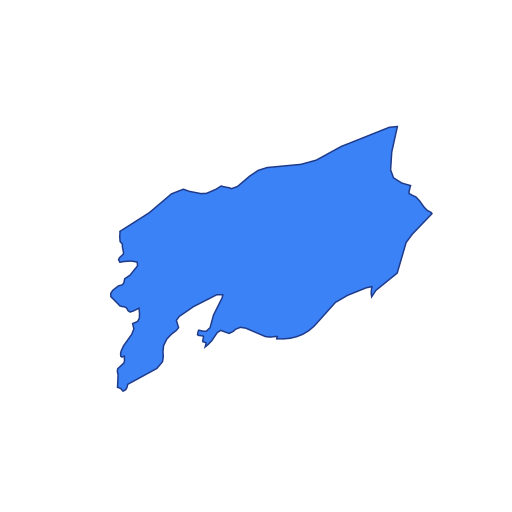 the border of Central Ostrobothnia, rotated 304°
{"feature_id": "FIN-3181", "entity_name": "Central Ostrobothnia", "entity_type": "Province", "adm_level": 1, "iso_a3": "FIN", "parent_name": "Finland", "parent_adm1": "", "projection": "robinson", "projection_center": [23.72, 63.644], "detail": "fine", "context": "isolated", "style": "filled", "palette": "blue", "viewbox_px": 512, "rotation_deg": 304, "n_neighbors": 0, "source": "natural_earth", "source_scale": "10m", "svg_char_len": 2191}
<svg xmlns="http://www.w3.org/2000/svg" viewBox="0 0 512 512"><g transform="rotate(304 256 256)"><path d="M69.6,221.3L70.4,218.1L70.3,216.8L69.7,214.6L80.1,208.3L82.9,205.5L85.1,204.4L93.5,206.3L95.6,205.6L97.4,204.2L99.4,202.9L99.0,202.6L97.3,201.5L97.3,199.9L99.7,198.1L102.0,197.3L107.5,196.4L121.6,196.8L127.3,195.5L131.0,191.5L135.4,194.4L139.4,194.0L143.3,191.5L147.3,188.2L141.6,184.9L139.1,182.9L139.1,180.6L140.6,177.5L140.2,175.1L139.1,173.0L138.5,170.7L139.0,169.2L141.1,158.4L143.8,156.5L147.3,156.4L153.6,158.4L154.8,159.0L156.8,160.9L158.5,161.5L160.4,161.3L162.1,160.5L163.9,159.9L169.7,162.3L181.7,163.3L184.5,160.8L182.0,155.3L177.6,149.6L174.7,146.7L176.1,144.1L178.3,143.8L183.5,145.0L184.9,144.1L189.0,140.0L191.1,138.6L191.9,135.4L195.4,132.5L199.9,129.8L200.3,129.4L232.2,143.3L260.3,151.2L270.8,158.5L272.2,164.3L276.9,175.4L280.2,179.9L289.1,185.6L294.6,188.0L295.1,189.9L297.7,195.9L298.1,198.0L303.3,201.8L318.8,206.1L328.3,210.0L335.6,215.8L357.0,241.9L369.1,252.3L394.5,265.4L437.2,294.5L442.4,300.8L418.1,310.4L402.7,319.4L397.7,326.3L398.0,336.1L400.8,344.8L399.6,345.1L395.0,346.9L393.4,347.9L393.8,352.3L394.4,355.4L393.1,361.0L390.6,367.7L389.6,372.1L390.0,376.9L389.5,378.2L361.7,373.4L351.2,372.9L320.8,382.6L294.5,374.6L286.9,374.7L289.0,372.7L291.5,371.1L295.4,369.2L291.2,365.1L274.6,353.9L262.0,347.8L230.3,343.4L223.6,341.5L217.3,338.6L211.8,334.8L206.9,330.3L202.7,325.2L198.9,319.5L199.7,319.1L200.4,319.2L200.9,318.9L201.0,318.2L196.7,313.1L194.5,309.0L190.4,287.7L188.1,282.9L184.0,280.1L180.6,279.2L176.8,277.0L175.0,270.1L174.7,268.4L170.7,266.7L161.0,266.7L155.5,265.7L152.2,264.7L155.4,263.6L156.1,263.0L155.9,262.3L155.7,261.3L155.5,260.5L155.2,260.0L155.7,259.3L156.5,259.0L159.0,257.9L159.8,257.6L160.1,256.8L159.7,256.1L158.3,253.2L157.9,252.5L158.1,251.5L159.5,250.8L161.7,250.1L162.5,250.0L163.9,253.7L165.7,256.8L170.9,258.0L183.2,253.8L202.5,251.3L205.3,250.1L201.9,245.1L179.1,232.5L163.1,226.2L158.2,225.9L153.3,231.9L149.5,231.5L143.8,229.6L137.4,228.5L130.0,229.5L124.8,232.3L120.6,235.5L116.1,237.6L107.4,236.7L77.9,221.4L75.3,222.4L73.2,222.8L71.3,222.4L69.6,221.3Z" fill="#3b82f6" stroke="#1e3a8a" stroke-width="1.5"/></g></svg>